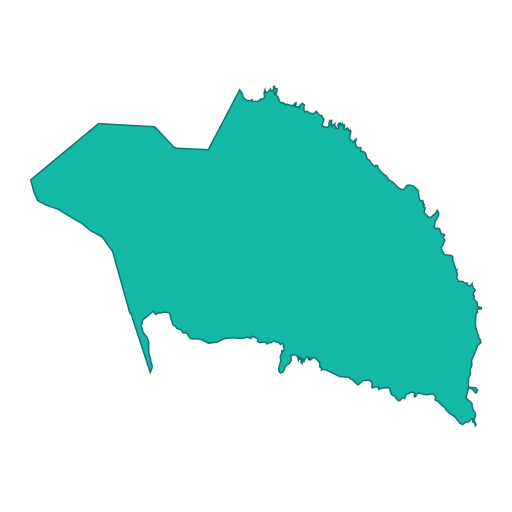 Djando, Moûhîlî, Comoros
{"feature_id": "10938185B42418571168375", "entity_name": "Djando", "entity_type": "district", "adm_level": 2, "iso_a3": "COM", "parent_name": "Comoros", "parent_adm1": "Moûhîlî", "projection": "equal_earth", "projection_center": [43.833, -12.356], "detail": "fine", "context": "isolated", "style": "filled", "palette": "teal", "viewbox_px": 512, "rotation_deg": 0, "n_neighbors": 0, "source": "geoboundaries", "source_scale": "gbopen_adm2", "svg_char_len": 6084}
<svg xmlns="http://www.w3.org/2000/svg" viewBox="0 0 512 512"><path d="M150.2,372.3L152.1,367.9L152.1,365.7L150.7,361.0L150.6,358.6L148.8,353.7L148.6,341.7L146.9,337.3L142.8,332.0L142.2,328.1L141.4,326.6L141.4,324.9L142.2,322.9L142.2,321.2L142.8,319.9L153.2,311.2L155.7,314.4L157.3,313.8L158.3,312.4L159.4,313.2L164.5,312.1L168.8,312.7L169.7,313.0L170.8,318.2L173.2,325.0L176.0,327.0L176.9,328.3L181.6,330.2L182.4,332.3L183.0,333.0L186.2,333.0L187.3,333.6L189.1,337.0L190.9,338.8L198.1,338.9L201.3,339.6L208.4,343.2L216.6,342.3L223.5,338.9L226.7,338.2L233.0,337.8L242.4,338.4L247.5,336.9L250.1,338.4L251.2,338.2L252.5,336.2L258.0,338.8L258.2,339.4L257.4,340.8L257.5,341.3L259.3,342.6L264.8,341.8L267.2,344.0L269.2,342.6L271.0,342.7L273.5,341.0L278.6,342.5L280.5,344.5L281.6,343.6L282.7,343.5L284.1,348.2L284.2,349.9L283.2,351.2L282.1,350.6L281.7,351.0L281.9,353.7L280.8,354.8L280.3,356.2L280.7,361.1L278.8,367.7L278.8,370.5L279.4,371.9L280.5,373.0L282.7,372.2L284.4,369.4L285.2,366.3L289.1,363.6L290.4,361.8L291.1,360.5L291.2,359.5L290.7,356.2L292.1,355.2L293.9,354.8L296.7,355.3L297.5,357.2L298.0,356.7L298.6,357.1L298.2,359.3L298.5,360.3L299.8,357.8L300.1,359.0L301.0,358.3L301.3,360.9L300.9,362.4L302.0,363.5L302.0,360.3L302.5,358.9L303.2,359.5L303.7,361.8L304.0,361.8L304.0,359.8L304.6,359.8L307.0,356.7L308.0,356.6L308.5,357.1L308.3,359.5L308.7,359.6L310.1,358.1L310.2,359.9L313.2,357.6L315.2,357.8L319.4,362.3L319.9,364.7L319.7,366.8L321.3,367.7L321.4,370.1L322.7,369.1L327.2,370.5L339.9,376.6L349.1,377.2L350.1,378.7L352.0,379.4L357.7,384.8L358.4,384.8L362.9,380.6L369.0,380.3L370.0,380.5L372.1,382.7L371.9,387.6L373.0,387.8L375.7,386.7L377.4,386.8L378.4,387.7L378.8,389.6L380.0,388.7L382.8,388.0L389.3,387.7L390.6,392.3L391.5,394.2L392.1,394.9L394.3,395.9L397.5,399.9L398.8,400.8L399.9,400.7L401.1,398.8L402.8,397.5L404.8,398.4L406.0,394.9L407.4,393.8L409.1,393.6L410.9,392.1L413.6,392.4L414.3,392.9L414.6,393.7L414.2,396.3L414.6,397.0L416.3,395.7L415.7,395.0L415.8,394.4L418.8,393.0L426.0,394.8L431.1,394.0L433.0,394.2L435.9,396.8L436.0,397.7L434.9,399.0L435.3,400.2L438.0,401.2L442.3,405.8L444.1,406.9L447.0,410.9L449.4,413.3L454.8,416.7L459.9,423.2L461.9,424.3L463.2,424.3L465.1,422.3L469.0,421.8L470.1,420.0L472.1,418.6L473.3,419.7L472.7,421.2L472.9,422.2L474.6,423.0L475.2,424.4L475.1,425.7L475.5,425.7L476.0,424.2L474.1,420.9L474.2,419.0L475.3,416.9L475.6,414.8L474.7,411.9L472.9,409.8L471.9,403.4L466.5,398.4L466.1,397.4L468.5,388.3L470.3,388.2L472.4,389.1L475.6,393.0L476.5,392.6L476.7,391.3L477.4,390.6L477.5,389.8L475.5,387.7L469.1,387.3L468.4,386.5L468.5,379.3L468.7,377.4L470.2,374.5L470.4,368.8L471.9,365.3L471.6,360.2L475.4,351.7L477.5,345.5L480.5,343.0L480.9,342.2L479.8,338.8L478.6,337.5L478.4,335.0L477.4,333.4L475.5,326.1L475.5,318.9L476.2,312.7L477.5,312.7L477.6,312.2L476.9,309.5L477.2,308.8L481.1,309.2L481.3,307.7L480.7,307.2L479.0,307.2L477.5,306.3L477.3,302.5L474.7,300.1L474.0,298.7L474.3,296.1L473.2,294.6L473.2,292.6L475.1,290.7L475.1,289.5L473.2,287.9L473.0,286.5L472.2,285.7L472.1,283.7L470.5,285.6L469.1,286.2L468.1,285.8L466.9,282.9L465.5,283.3L463.6,282.5L462.8,281.6L458.7,281.2L456.6,278.0L456.6,277.1L457.3,275.7L457.3,273.5L456.2,271.3L457.0,269.5L455.9,269.6L452.7,259.6L452.6,256.6L451.6,255.6L444.5,254.8L441.4,249.1L441.4,247.3L442.6,245.7L444.6,240.7L444.6,239.3L443.1,238.3L442.7,237.3L444.6,235.5L444.5,234.7L444.0,234.9L442.9,234.0L441.6,234.5L439.5,228.8L437.8,228.1L435.6,228.7L434.8,228.1L434.4,226.9L434.9,222.2L438.6,215.3L438.6,212.5L437.2,210.4L435.7,213.2L430.6,217.5L427.9,216.8L427.5,215.9L424.6,213.4L424.1,211.6L425.2,208.1L424.3,206.9L423.7,207.1L424.3,204.4L423.2,204.3L423.3,202.1L422.7,201.8L422.7,200.5L420.9,200.8L419.7,199.7L418.9,197.1L418.3,191.3L417.6,189.9L414.2,186.8L413.0,185.9L410.0,185.1L407.6,185.2L406.0,186.4L404.1,189.5L402.4,189.7L399.0,188.3L392.5,182.0L389.2,180.3L386.1,175.8L382.3,173.2L378.1,168.4L378.0,166.6L376.8,165.4L375.8,165.3L375.1,166.5L374.1,166.1L370.9,162.7L369.5,160.3L367.2,159.0L365.4,153.1L363.5,151.8L361.0,151.1L360.5,148.8L360.8,147.8L360.0,148.2L358.4,147.5L357.1,147.7L355.9,145.6L355.1,141.7L356.1,140.6L356.0,139.0L354.5,140.8L354.5,141.8L352.5,141.6L351.8,140.5L350.4,139.8L349.7,138.4L349.8,135.6L350.9,131.2L349.9,130.9L349.9,130.2L349.3,130.7L348.3,130.0L348.2,128.8L347.4,128.5L347.3,127.9L344.4,129.8L343.9,129.4L343.6,128.7L344.6,126.4L343.7,126.5L344.1,125.0L343.0,125.4L342.3,123.7L341.8,124.8L340.9,124.8L340.6,123.9L340.1,125.1L339.8,125.1L339.9,123.2L338.7,123.6L338.1,125.2L338.1,126.3L338.7,127.0L338.5,127.9L337.6,128.6L336.6,128.4L336.2,127.7L335.5,128.1L335.7,126.8L335.1,126.8L334.5,125.1L334.8,123.9L332.1,126.2L331.8,124.5L330.8,124.6L330.8,124.1L331.6,123.3L331.6,120.4L330.6,121.0L330.0,120.5L329.0,122.6L329.1,125.9L328.0,127.2L324.4,127.0L322.9,126.3L321.9,124.8L323.5,121.3L323.9,119.6L321.6,115.6L319.4,115.3L316.3,111.3L313.5,113.9L311.5,113.3L310.4,113.6L307.3,111.4L306.3,111.3L305.3,112.2L303.9,110.4L303.9,106.6L304.4,105.2L303.7,104.2L303.0,104.4L302.4,103.2L301.3,104.1L301.1,104.9L300.3,105.0L300.0,107.0L299.2,107.9L298.7,106.6L298.3,106.4L297.4,107.2L295.4,106.4L295.5,105.4L296.1,104.2L296.0,102.9L295.0,103.7L294.6,105.4L294.4,104.5L293.9,105.8L292.4,105.1L292.1,105.9L286.8,104.1L284.9,104.7L284.3,103.4L282.4,102.5L281.3,103.0L280.4,102.6L279.3,100.8L278.6,98.2L277.5,96.5L276.2,95.4L276.3,94.2L275.1,94.6L274.9,93.7L276.8,91.6L277.1,88.9L276.5,88.6L276.0,90.8L274.7,92.9L274.2,93.0L273.5,92.0L273.8,90.1L274.8,89.0L275.0,88.1L274.4,87.7L274.4,86.3L273.4,86.9L273.8,88.3L273.6,89.6L271.7,91.1L270.9,90.5L270.5,89.0L269.7,90.3L267.6,92.1L265.6,92.6L265.1,89.8L264.2,92.4L264.1,94.0L264.7,97.4L262.5,99.2L260.6,99.0L260.4,100.1L259.1,100.2L257.9,101.5L252.1,101.3L251.8,100.9L252.1,99.7L251.5,99.8L251.1,100.6L247.2,100.6L244.9,99.2L242.7,96.5L242.5,94.0L239.7,89.8L208.3,149.7L176.4,148.2L173.7,147.0L154.8,126.8L98.6,123.6L30.7,179.9L34.0,192.3L37.7,200.5L46.0,205.0L58.2,209.3L75.9,220.1L81.9,223.3L90.2,230.4L102.3,237.1L112.6,251.5L129.8,312.8L131.2,314.3L150.2,372.3Z" fill="#14b8a6" stroke="#0f766e" stroke-width="1.5"/></svg>